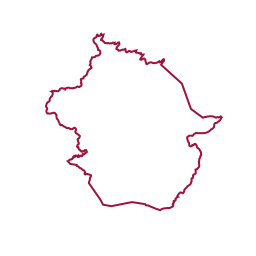 the district of Campo Formoso, Bahia, Brazil, rotated 36°
{"feature_id": "56859067B18593931562770", "entity_name": "Campo Formoso", "entity_type": "district", "adm_level": 2, "iso_a3": "BRA", "parent_name": "Brazil", "parent_adm1": "Bahia", "projection": "robinson", "projection_center": [-40.821, -10.26], "detail": "fine", "context": "isolated", "style": "outline", "palette": "rose", "viewbox_px": 256, "rotation_deg": 36, "n_neighbors": 0, "source": "geoboundaries", "source_scale": "gbopen_adm2", "svg_char_len": 5734}
<svg xmlns="http://www.w3.org/2000/svg" viewBox="0 0 256 256"><g transform="rotate(36 128 128)"><path d="M203.8,172.5L207.1,169.4L208.7,168.3L210.0,165.9L210.4,164.7L209.9,163.7L209.5,163.2L208.9,163.2L208.7,162.5L209.0,161.5L208.7,160.9L208.2,160.7L207.9,160.1L208.9,158.9L208.9,158.3L208.6,157.8L208.1,157.5L208.2,156.1L208.6,154.8L208.9,154.4L208.1,154.4L207.8,153.1L207.8,151.0L208.2,149.4L209.3,148.8L210.7,148.6L210.9,147.3L210.6,146.0L210.0,145.1L210.1,142.6L210.4,141.9L210.3,140.4L211.5,137.1L211.4,135.8L211.1,135.5L210.7,133.6L209.8,132.5L209.1,131.3L209.6,130.7L209.8,130.0L209.4,129.2L208.4,128.0L208.7,127.5L208.6,126.7L209.3,125.5L209.4,124.8L207.1,122.0L207.5,121.6L207.7,120.9L208.1,120.4L208.3,117.6L207.4,116.0L206.6,115.3L205.7,114.1L205.0,113.6L204.7,112.2L203.9,111.2L203.7,110.5L203.8,109.8L203.0,108.1L203.2,107.4L203.1,106.7L202.2,106.0L202.0,105.5L201.4,104.9L200.3,104.2L199.4,103.9L197.9,103.2L195.5,103.2L194.5,102.5L194.0,101.9L192.0,101.3L191.4,101.6L191.0,102.1L191.1,103.3L190.1,104.0L190.0,104.6L190.2,105.2L189.2,106.3L188.7,106.3L187.9,106.1L187.4,105.6L186.3,104.2L185.4,104.0L183.7,103.1L183.0,102.3L181.5,101.2L181.3,100.7L181.8,98.8L182.2,98.2L183.6,97.0L184.8,96.4L185.0,95.8L185.0,94.2L185.9,92.1L186.4,91.6L188.0,90.9L189.4,89.7L191.0,88.7L192.0,87.8L192.6,87.5L194.7,84.9L195.5,83.1L196.0,81.3L196.0,80.5L196.8,78.7L197.0,77.4L197.0,76.5L195.7,74.4L195.5,73.8L195.5,73.1L196.0,72.4L196.6,71.9L197.9,67.9L197.8,66.3L197.4,65.0L197.5,64.3L196.3,64.1L196.2,64.7L195.7,65.1L195.1,66.2L193.8,66.7L193.5,67.5L192.9,68.0L191.7,68.1L189.9,68.7L187.5,70.2L186.0,71.7L185.6,72.0L184.6,73.2L183.3,74.4L182.9,75.3L182.4,75.7L167.7,75.6L145.5,60.4L117.6,57.4L117.5,53.6L117.6,52.5L117.0,51.5L116.5,51.3L116.0,52.4L115.9,53.9L115.6,55.6L115.2,56.2L114.5,56.1L114.1,55.7L113.0,58.1L112.0,59.3L110.8,60.3L110.0,60.8L108.6,61.1L107.7,61.5L106.9,62.5L106.1,64.6L105.6,65.3L105.0,65.3L104.7,64.7L104.1,64.5L102.7,63.6L101.8,62.5L100.7,62.2L100.1,62.4L99.1,64.0L98.7,64.9L98.2,65.3L97.7,65.4L97.4,65.0L97.3,64.1L97.3,59.5L94.9,61.0L94.4,59.9L92.5,61.2L91.3,61.5L90.7,62.1L90.1,62.3L89.6,62.0L89.1,60.3L86.8,63.3L86.5,64.0L85.8,64.7L85.1,64.5L83.8,64.9L83.3,65.4L83.1,66.4L82.7,67.3L82.3,67.6L81.6,67.6L81.2,67.2L80.0,66.5L79.8,65.8L79.3,65.6L78.8,66.7L77.8,67.8L77.3,68.0L76.6,69.0L76.4,69.8L75.7,70.2L75.3,70.8L74.6,70.9L74.0,70.5L73.3,70.6L72.8,70.9L72.2,70.9L71.7,70.4L71.6,68.7L71.9,65.7L71.7,65.1L70.5,64.0L69.8,64.6L69.2,67.1L67.8,68.0L67.1,66.8L66.7,67.3L65.5,67.9L65.2,68.8L64.8,69.4L64.2,69.6L63.6,70.3L63.1,70.6L61.9,70.9L61.6,71.5L59.4,72.8L55.5,72.1L54.6,72.7L54.2,72.2L54.3,70.3L54.0,68.6L53.3,66.9L52.6,68.1L52.1,68.1L51.0,67.5L50.8,68.0L51.2,69.4L50.9,70.2L50.2,70.8L49.5,71.0L49.1,70.6L48.3,70.6L48.2,71.4L48.8,71.8L48.9,73.2L48.6,73.7L47.8,75.8L47.9,76.5L48.3,77.2L49.5,78.3L50.8,78.9L51.3,79.0L52.0,78.8L53.6,79.2L55.7,80.6L56.4,80.8L57.9,82.4L58.5,82.0L59.9,82.0L61.5,83.4L61.9,85.1L61.6,86.6L60.1,88.0L59.6,88.7L59.5,90.0L57.9,91.8L57.3,92.1L57.8,93.1L58.5,96.7L59.1,97.0L59.7,97.6L60.1,99.6L61.3,99.6L61.9,100.0L62.3,100.5L62.9,100.6L63.2,101.3L62.3,103.0L62.0,104.7L62.3,106.4L62.7,107.1L62.7,107.9L62.9,108.5L63.3,109.1L62.9,110.7L62.8,111.3L62.1,112.5L62.7,113.8L62.6,114.4L61.4,115.6L61.2,116.3L61.6,116.9L62.6,117.4L63.2,118.2L63.2,118.9L63.6,119.5L64.3,119.5L65.3,120.8L65.4,121.4L64.9,122.2L64.7,123.3L64.0,123.8L62.9,124.0L62.4,124.7L61.9,126.2L60.9,127.2L60.7,127.7L60.0,127.9L59.8,128.5L58.5,129.2L57.8,129.9L56.9,130.0L56.1,130.3L55.5,130.9L54.9,131.7L54.6,132.3L54.5,133.6L54.1,133.3L53.6,133.3L52.9,134.0L51.5,134.3L50.5,135.3L50.0,136.3L50.1,137.1L50.4,137.7L50.1,138.2L49.8,139.4L48.3,140.2L47.3,141.1L46.5,141.2L44.9,142.7L44.5,143.5L45.7,143.3L46.2,143.5L47.2,144.9L47.7,146.6L47.4,147.8L47.5,150.2L47.7,150.8L48.5,151.6L48.6,152.2L48.4,153.6L47.9,154.2L47.9,156.1L48.5,157.6L48.6,158.3L49.4,159.0L50.7,159.4L51.2,159.7L51.5,160.2L51.5,160.9L52.0,162.3L52.5,162.9L54.0,163.6L54.5,163.5L54.9,163.0L56.0,162.6L56.5,162.2L57.6,161.0L57.9,160.3L58.3,159.8L59.7,158.9L60.3,158.8L61.7,159.4L62.4,159.4L62.8,160.1L64.1,161.6L65.4,162.4L67.0,162.7L68.1,163.6L69.0,163.8L70.2,164.8L71.7,165.3L72.3,165.1L72.6,164.5L73.1,164.3L75.5,164.4L76.9,164.1L78.2,164.1L78.8,163.9L79.8,163.0L80.7,162.7L81.4,162.9L82.0,162.7L83.1,162.1L83.8,161.3L84.0,160.1L84.3,159.5L84.9,159.1L85.5,159.0L86.2,159.3L87.1,160.0L87.5,161.9L88.2,162.5L88.9,162.8L89.5,162.6L92.2,162.6L93.8,162.8L94.4,164.6L94.3,165.4L93.9,166.2L94.0,167.0L95.3,167.9L95.7,168.4L97.1,169.1L97.4,169.7L97.5,170.2L97.1,171.0L97.7,173.0L98.8,173.3L99.2,172.8L100.3,173.7L101.2,174.2L101.9,173.9L102.5,174.0L103.0,174.4L103.5,174.3L104.1,174.5L104.6,174.2L104.8,173.4L105.5,173.2L106.1,172.2L105.9,171.5L106.7,171.0L107.1,170.5L108.2,171.0L108.8,171.6L108.9,172.3L108.0,173.1L108.2,173.7L108.0,175.1L107.5,175.7L107.0,175.2L106.6,175.4L107.2,176.4L107.1,177.0L107.3,177.6L106.9,178.1L106.3,178.0L105.1,178.9L105.6,179.1L105.4,180.0L105.0,180.5L103.8,179.6L103.6,180.8L103.0,180.6L102.5,180.8L102.2,181.5L101.6,181.2L100.9,182.1L100.8,182.8L101.3,182.5L101.8,182.8L101.4,183.4L101.1,184.2L101.2,184.8L101.0,185.2L101.1,185.8L100.7,186.3L100.4,187.1L99.7,187.4L99.6,188.1L99.2,188.7L99.3,189.6L98.8,190.3L102.4,191.0L108.1,188.1L108.4,188.6L108.9,188.8L110.7,188.3L112.3,188.7L113.3,188.3L116.2,188.5L117.3,188.2L118.3,188.5L119.4,189.2L119.8,189.8L119.8,190.6L120.6,190.8L121.0,190.4L121.2,189.8L121.7,189.2L122.5,189.0L124.7,188.2L125.9,188.0L126.3,188.3L126.5,188.9L126.4,190.2L127.6,192.5L128.4,195.1L128.8,195.6L147.3,202.0L152.9,204.7L160.5,201.0L174.8,185.6L186.5,179.6L187.0,179.8L188.3,179.9L189.0,179.2L189.7,178.9L198.2,176.9L202.4,175.5L202.8,174.0L203.8,172.5Z" fill="none" stroke="#9f1239" stroke-width="2"/></g></svg>